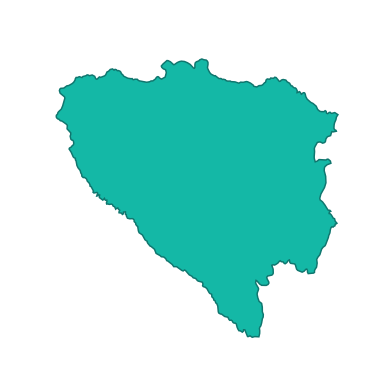 Prata, Minas Gerais, Brazil (Equal Earth projection), rotated 190°
{"feature_id": "56859067B48710486715982", "entity_name": "Prata", "entity_type": "district", "adm_level": 2, "iso_a3": "BRA", "parent_name": "Brazil", "parent_adm1": "Minas Gerais", "projection": "equal_earth", "projection_center": [-48.964, -19.276], "detail": "fine", "context": "isolated", "style": "filled", "palette": "teal", "viewbox_px": 384, "rotation_deg": 190, "n_neighbors": 0, "source": "geoboundaries", "source_scale": "gbopen_adm2", "svg_char_len": 5982}
<svg xmlns="http://www.w3.org/2000/svg" viewBox="0 0 384 384"><g transform="rotate(190 192 192)"><path d="M61.7,293.5L65.2,295.0L68.0,293.7L69.1,293.9L69.8,294.5L70.7,294.2L71.5,293.1L72.3,292.7L73.2,293.0L73.9,294.7L75.0,295.2L75.9,294.1L78.5,293.6L80.2,293.7L82.6,295.1L84.6,298.1L88.2,300.2L90.6,300.9L94.7,303.4L96.5,305.7L97.5,308.1L98.4,309.2L99.6,309.1L101.3,307.3L102.9,309.1L103.8,309.5L104.7,308.6L105.8,308.1L105.9,309.8L107.1,311.6L108.1,312.4L109.5,312.3L110.7,312.9L111.6,313.8L112.8,313.8L114.8,316.1L117.4,317.0L119.0,318.5L121.8,318.6L122.9,318.1L123.7,317.4L124.2,316.5L125.2,316.1L129.0,319.3L130.4,319.4L131.5,318.1L134.3,317.9L135.0,316.5L137.5,316.4L138.4,315.4L138.7,312.8L139.6,312.1L140.9,310.0L142.1,309.0L144.5,308.4L146.4,306.7L149.5,306.8L150.1,307.8L153.3,309.4L156.3,310.2L157.7,310.2L160.6,308.9L163.2,308.6L164.7,307.3L168.7,307.9L172.8,307.5L173.6,307.9L176.0,307.4L177.8,307.6L178.6,308.3L180.5,308.5L181.4,308.1L183.2,308.8L185.2,308.4L189.3,310.6L190.2,310.3L193.7,311.4L195.4,312.8L197.8,316.0L198.4,317.3L198.4,320.4L198.8,322.5L199.8,323.7L200.9,324.4L203.2,324.3L205.4,324.7L207.2,323.6L208.1,322.3L210.3,321.0L211.2,319.8L211.3,318.2L210.8,315.3L211.1,314.3L212.0,314.3L215.9,317.3L218.9,318.5L222.1,319.2L225.2,319.0L227.1,318.2L229.0,316.9L231.4,314.5L232.2,314.2L235.9,316.5L238.3,317.2L239.5,317.1L242.8,313.0L244.1,310.7L243.4,309.5L241.6,308.3L239.3,307.8L238.7,306.7L238.0,305.0L238.4,300.5L241.6,297.9L243.8,298.6L244.8,299.5L245.6,299.7L246.4,299.3L247.1,298.4L247.5,297.1L249.9,294.6L251.7,294.2L252.9,293.2L255.7,292.2L263.2,292.3L264.4,292.7L265.4,293.5L267.7,293.2L268.9,292.5L269.8,292.5L270.6,293.3L271.6,293.0L275.0,292.9L279.4,294.2L280.4,295.3L282.2,296.4L282.8,297.6L284.0,298.5L285.4,298.8L286.6,298.5L287.9,299.3L289.1,299.4L289.9,298.5L291.6,299.4L293.8,298.5L295.1,296.5L296.6,295.4L297.3,292.5L298.1,291.3L301.9,289.0L302.9,289.3L303.7,288.7L304.7,287.0L305.5,286.5L306.6,287.0L307.9,289.0L310.6,289.9L313.3,288.7L314.7,289.2L315.7,289.1L316.6,288.1L319.5,286.8L320.2,285.6L323.0,286.0L324.6,284.9L326.0,284.7L326.6,283.2L326.6,281.9L327.6,279.5L328.9,277.9L331.8,275.5L333.7,274.8L336.4,272.0L339.3,271.3L340.0,270.4L340.2,268.8L339.0,266.4L334.1,263.6L333.5,262.3L334.3,254.5L335.1,250.9L337.2,248.1L337.8,247.0L338.0,245.3L338.9,244.0L338.7,242.3L337.9,241.3L336.7,240.6L335.8,240.6L334.0,239.3L333.0,239.4L331.3,238.8L327.4,236.9L326.3,235.9L326.0,232.5L321.7,229.2L321.4,227.4L321.7,225.9L320.5,223.0L319.5,222.3L318.4,222.2L317.7,221.6L317.2,220.4L316.8,218.8L317.3,217.5L318.1,216.7L318.6,215.5L320.3,214.0L320.5,213.0L317.9,210.2L315.1,206.0L313.9,205.2L312.7,205.0L312.4,203.4L311.6,202.6L309.9,198.1L308.4,196.0L305.9,193.8L304.7,191.3L303.9,190.5L303.1,188.3L301.6,187.3L300.8,187.7L298.8,187.0L297.9,186.2L297.0,184.5L294.8,182.9L293.8,181.5L293.4,180.0L292.3,179.8L289.1,175.7L289.5,174.7L288.4,174.0L285.5,175.1L284.7,174.5L285.1,171.5L284.2,171.9L283.6,173.1L282.4,173.0L282.5,171.6L282.2,170.4L278.4,168.5L277.1,170.5L276.4,169.2L275.5,168.8L274.5,169.2L274.1,167.6L274.4,166.4L273.9,165.3L272.7,165.6L271.4,165.4L269.3,166.1L268.1,165.8L267.3,164.5L265.5,163.9L264.2,161.8L263.4,162.8L262.3,163.4L261.7,162.5L260.0,161.5L260.4,160.3L260.3,158.9L257.7,158.9L256.7,157.8L255.8,158.6L256.0,160.3L254.1,160.9L253.7,158.6L252.8,158.3L252.6,157.2L251.0,155.0L248.6,154.8L246.2,155.4L245.0,155.1L244.1,154.3L243.8,152.8L242.1,151.7L241.8,150.5L240.7,149.2L239.5,148.7L238.0,144.3L237.0,142.7L233.4,141.1L229.9,136.7L227.5,135.6L227.2,134.5L226.5,133.7L223.8,131.4L222.9,131.3L219.0,129.1L216.7,125.3L212.3,123.8L211.0,122.9L208.6,123.1L206.4,121.9L204.9,120.0L204.0,119.9L198.9,117.2L197.0,115.3L194.2,115.8L188.4,113.0L187.0,112.7L185.8,113.9L184.7,113.5L180.3,109.9L177.6,109.1L175.9,107.7L173.4,107.5L171.2,105.6L170.1,105.3L166.4,105.0L165.5,104.0L165.2,102.7L165.3,101.5L164.5,100.8L162.4,100.5L160.6,99.5L157.6,95.8L156.8,95.2L154.9,94.7L154.2,92.2L152.3,90.9L151.8,89.4L150.5,89.0L149.3,86.9L148.2,86.3L146.8,84.1L145.3,78.6L144.7,77.5L142.9,76.8L141.7,76.9L138.3,75.1L134.9,74.9L133.4,72.8L132.5,72.2L131.2,72.6L130.2,72.2L128.9,70.6L127.8,70.2L126.5,70.4L125.5,69.8L124.0,66.5L122.7,64.6L121.6,63.5L120.4,63.7L118.1,62.7L117.3,63.7L117.3,65.3L116.1,65.5L112.2,59.3L111.1,59.5L110.0,60.5L107.5,59.4L105.1,60.5L101.0,61.0L100.8,64.4L101.2,67.1L101.9,69.3L101.7,70.7L101.0,72.1L100.7,75.1L100.7,79.4L100.2,81.2L100.5,83.8L101.9,86.2L102.8,90.9L104.1,94.4L106.9,95.9L108.8,99.2L110.1,102.5L110.2,104.0L109.6,107.5L109.8,108.7L113.0,112.6L113.6,113.8L113.6,116.1L112.7,115.8L109.4,113.1L107.2,112.2L102.7,112.9L101.1,114.1L100.5,115.4L100.7,116.6L103.0,119.6L103.6,121.0L102.9,122.4L99.0,124.0L98.3,124.7L97.9,126.2L98.7,130.1L100.7,133.7L99.3,134.5L98.3,134.3L97.1,135.0L95.1,136.9L93.9,139.0L93.1,139.6L92.1,138.9L89.9,138.9L88.8,137.7L87.8,137.5L86.5,138.8L85.2,141.4L84.3,142.0L83.3,139.5L82.4,138.9L78.4,139.0L77.5,138.1L75.6,134.2L74.3,133.2L69.6,132.2L67.8,133.5L66.5,135.6L65.6,136.0L64.7,134.8L64.3,133.0L63.4,131.8L58.1,133.3L57.4,134.2L57.7,135.7L57.4,137.1L56.3,139.6L56.4,143.7L57.5,147.3L56.7,149.7L55.2,152.4L54.4,158.3L53.3,160.4L51.7,162.1L51.3,163.2L49.8,171.0L49.8,172.7L49.1,175.7L49.2,179.2L48.9,181.1L48.1,182.1L47.0,181.9L46.4,182.8L45.4,183.5L45.3,185.4L44.5,185.6L43.8,186.4L45.9,188.1L47.0,190.5L48.3,190.7L50.8,193.6L52.0,194.5L53.2,194.6L53.3,196.0L52.0,197.1L53.1,197.9L54.3,197.7L55.2,198.1L58.9,202.3L61.8,205.0L64.4,206.4L65.1,208.0L64.7,212.4L62.3,219.4L61.7,224.3L63.1,230.7L65.5,235.9L65.8,238.7L65.5,240.0L63.7,242.3L60.2,244.4L61.1,246.5L63.4,247.9L64.6,247.8L65.3,247.0L66.3,246.7L72.5,246.0L74.0,244.2L75.9,243.1L77.5,246.5L77.8,248.0L78.3,253.0L79.1,256.2L78.8,257.9L77.2,262.5L75.6,263.3L74.2,263.5L71.8,262.8L70.4,263.5L69.4,264.6L69.3,267.7L68.2,270.0L65.3,271.6L65.0,274.6L64.6,275.8L63.5,275.7L60.4,276.9L60.9,277.7L62.3,278.1L63.3,279.3L63.7,282.8L63.6,285.0L62.8,288.3L62.8,290.8L61.7,293.5Z" fill="#14b8a6" stroke="#0f766e" stroke-width="1.5"/></g></svg>